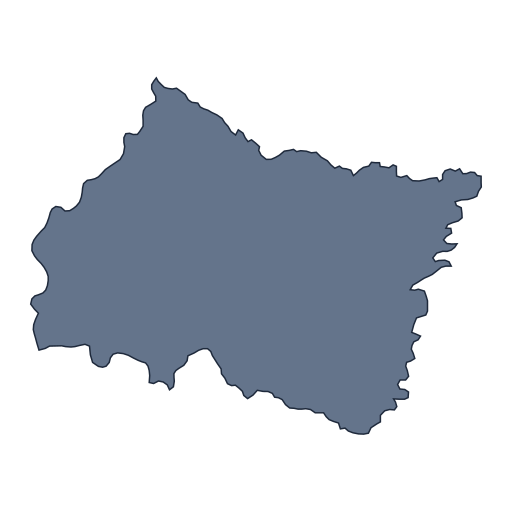 outline of Varjão de Minas, Minas Gerais, Brazil
{"feature_id": "56859067B57978075646781", "entity_name": "Varjão de Minas", "entity_type": "district", "adm_level": 2, "iso_a3": "BRA", "parent_name": "Brazil", "parent_adm1": "Minas Gerais", "projection": "mercator", "projection_center": [-45.92, -18.46], "detail": "fine", "context": "isolated", "style": "filled", "palette": "slate", "viewbox_px": 512, "rotation_deg": 0, "n_neighbors": 0, "source": "geoboundaries", "source_scale": "gbopen_adm2", "svg_char_len": 4125}
<svg xmlns="http://www.w3.org/2000/svg" viewBox="0 0 512 512"><path d="M380.4,421.9L380.4,415.3L384.7,410.8L389.6,409.5L394.4,409.9L396.8,406.6L395.5,402.1L393.6,398.9L399.5,399.2L404.6,399.2L408.1,397.6L408.5,392.0L404.8,389.5L399.9,389.0L397.6,384.5L400.1,380.0L405.6,380.0L408.6,376.3L407.3,370.6L405.7,366.1L406.6,362.3L410.5,361.1L414.8,358.5L413.2,353.3L411.3,349.2L412.0,345.5L413.8,341.8L418.1,339.8L420.5,336.1L415.8,334.0L411.7,332.4L413.8,324.6L416.5,317.9L421.6,316.3L425.8,315.0L427.5,311.1L427.5,306.6L427.5,300.8L426.3,296.6L424.4,291.1L418.3,289.2L414.7,290.2L410.2,289.7L412.8,285.1L417.6,282.4L421.1,280.1L424.3,278.1L428.5,276.3L432.3,274.4L436.5,271.1L441.2,267.3L445.8,266.1L451.2,266.1L449.0,261.8L444.9,260.2L438.7,260.5L435.3,261.6L432.8,257.9L436.7,253.1L442.7,251.3L447.2,251.4L451.2,250.1L454.7,247.3L457.0,243.8L451.8,244.0L446.8,243.5L443.5,239.9L446.3,236.4L451.6,233.1L450.8,228.4L445.9,228.2L447.7,224.7L452.5,222.7L458.2,221.0L462.1,217.8L461.9,213.3L461.2,207.7L456.4,205.5L455.1,201.8L461.4,199.9L467.8,199.5L473.1,197.9L476.8,196.2L478.5,191.3L481.3,187.0L481.1,182.8L481.1,176.2L477.2,175.6L474.6,172.5L470.5,172.1L466.6,173.6L462.8,173.7L459.6,168.8L455.3,171.1L450.2,169.0L445.1,170.7L442.6,174.5L442.6,179.4L439.1,181.6L436.9,177.7L433.2,178.1L429.4,178.6L425.0,179.9L419.1,181.0L412.6,180.7L409.5,178.5L406.8,175.6L400.9,177.4L396.6,176.0L396.4,171.5L396.4,166.3L393.1,164.9L389.0,167.8L384.1,166.9L380.2,166.5L379.5,162.7L375.3,162.7L371.5,162.3L368.8,166.1L363.4,167.4L359.4,170.2L356.5,173.1L353.4,175.6L350.8,170.2L346.3,168.8L342.4,168.4L339.4,166.1L334.8,168.2L330.9,164.9L327.4,160.8L321.3,157.3L316.3,152.3L311.3,152.8L306.4,151.2L300.6,150.7L296.6,151.6L293.5,149.4L289.2,150.4L284.3,151.1L279.4,155.2L275.3,157.5L271.2,159.3L266.3,159.4L261.1,155.2L258.7,150.4L259.5,146.7L255.7,143.2L251.5,139.8L248.0,141.6L245.1,137.7L243.0,133.1L238.3,129.8L235.6,135.0L231.0,131.5L228.0,126.3L224.6,122.6L222.1,118.5L216.9,114.9L211.8,112.5L207.9,110.2L203.7,108.8L200.2,107.0L197.8,103.1L191.8,102.3L188.2,99.8L185.1,94.4L180.8,91.3L176.5,88.2L172.4,89.0L167.9,88.4L164.3,87.4L161.2,84.5L158.2,81.4L156.3,77.9L153.8,81.2L151.7,84.7L151.7,89.0L153.7,92.8L155.7,96.2L155.8,101.1L150.8,104.3L145.6,107.3L143.5,110.8L142.8,115.2L143.1,120.3L143.1,126.3L139.7,131.5L137.4,134.4L133.1,134.5L129.6,133.3L125.8,133.7L123.9,137.7L123.9,142.4L124.7,146.6L123.5,153.7L120.1,159.5L110.6,165.9L105.3,169.6L101.6,173.7L98.4,176.9L95.0,178.7L91.2,179.7L87.3,180.3L83.6,183.6L82.6,188.0L82.2,192.3L81.3,197.3L79.5,202.2L76.4,206.0L73.4,208.4L69.7,210.7L65.0,211.0L60.9,207.3L55.8,206.5L52.1,209.0L50.3,212.5L48.9,217.7L47.0,223.0L44.7,227.6L41.3,231.0L36.7,236.2L33.9,240.1L32.1,244.5L31.9,250.7L34.5,255.8L37.3,259.5L41.2,263.5L44.1,267.3L46.7,271.9L48.2,276.4L48.2,280.6L47.4,285.7L45.7,290.1L42.9,293.0L38.4,294.8L34.9,295.9L31.9,298.9L30.7,304.1L34.5,309.2L38.4,313.2L35.5,319.5L33.7,324.7L33.3,329.6L34.3,333.8L35.5,337.9L37.0,343.5L39.0,350.1L45.3,348.4L49.5,346.1L61.7,345.8L65.6,346.6L71.0,347.0L74.9,346.6L79.7,345.4L85.0,344.3L89.5,346.1L90.4,354.9L92.6,362.4L98.4,366.4L102.6,367.2L106.1,366.2L109.2,362.5L110.4,357.8L113.1,354.2L117.6,352.9L123.3,353.6L128.4,355.3L133.6,358.1L138.1,360.3L141.9,361.8L145.6,362.9L148.0,366.1L149.2,370.5L149.7,375.6L149.2,382.5L153.6,383.5L158.5,381.0L163.2,382.0L167.3,384.9L169.5,389.8L173.4,386.8L174.3,381.2L174.0,377.5L173.9,373.6L175.9,370.5L179.1,368.2L183.8,365.3L187.1,360.8L187.9,355.8L194.1,353.0L198.6,350.3L203.1,348.7L207.6,348.7L210.8,351.5L212.4,355.6L214.8,359.4L217.5,363.7L221.1,368.9L221.5,373.8L224.9,378.2L227.5,383.7L231.6,385.6L235.4,385.2L238.9,388.0L242.4,391.3L243.8,395.5L247.6,398.6L253.0,395.1L257.3,390.3L263.0,391.4L268.1,391.5L272.4,393.4L274.6,397.2L278.4,397.7L282.2,399.6L285.5,404.6L289.7,408.0L294.1,408.3L298.0,409.1L301.9,409.1L305.7,408.7L310.5,409.5L315.2,412.8L319.5,412.8L323.6,412.8L326.2,416.7L329.1,419.6L333.4,421.4L338.5,423.0L340.4,428.9L345.0,428.1L348.3,431.0L353.0,432.8L358.5,433.9L363.7,434.1L368.4,433.2L371.0,427.7L376.8,423.9L380.4,421.9Z" fill="#64748b" stroke="#1e293b" stroke-width="1.5"/></svg>